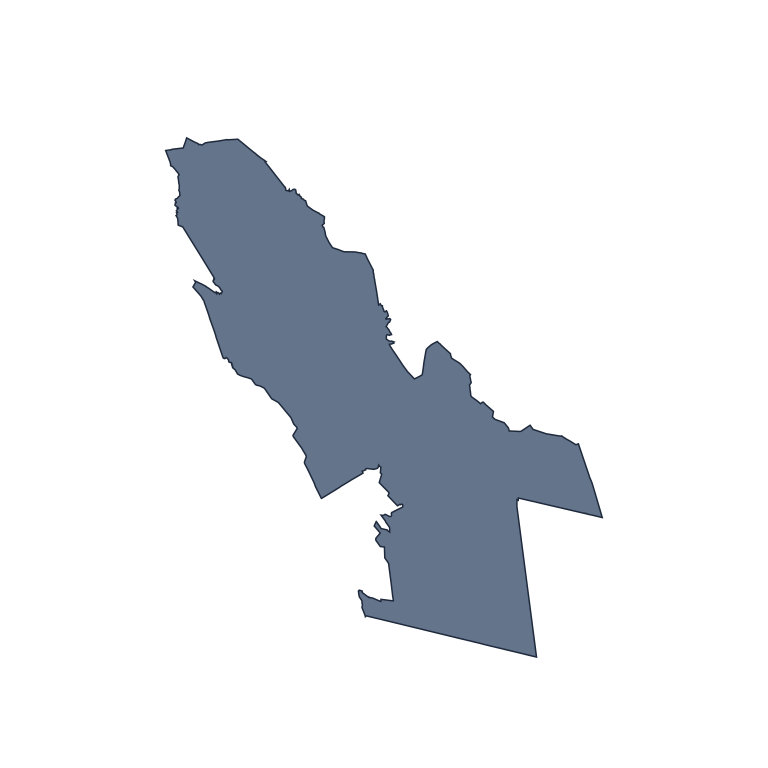 the district of Sarkaņu pag., Madona, Latvia, rotated 59°
{"feature_id": "27541924B13907440389179", "entity_name": "Sarkaņu pag.", "entity_type": "district", "adm_level": 2, "iso_a3": "LVA", "parent_name": "Latvia", "parent_adm1": "Madona", "projection": "equal_earth", "projection_center": [26.346, 56.915], "detail": "fine", "context": "isolated", "style": "filled", "palette": "slate", "viewbox_px": 768, "rotation_deg": 59, "n_neighbors": 0, "source": "geoboundaries", "source_scale": "gbopen_adm2", "svg_char_len": 6079}
<svg xmlns="http://www.w3.org/2000/svg" viewBox="0 0 768 768"><g transform="rotate(59 384 384)"><path d="M696.6,393.9L557.3,333.1L551.6,329.6L552.8,328.8L550.9,327.6L599.6,277.3L599.4,277.3L600.7,276.3L603.5,273.2L610.9,265.7L582.1,258.2L580.1,257.7L575.7,256.6L570.0,255.8L566.6,255.0L535.4,248.2L534.9,250.8L528.8,253.9L524.5,256.4L524.0,256.7L523.8,256.6L523.0,257.2L520.0,258.4L519.5,259.7L510.2,270.6L499.7,279.6L494.6,280.0L495.1,291.0L494.5,292.2L488.8,300.8L485.5,300.0L479.2,300.9L471.4,307.1L468.1,308.0L463.9,304.3L454.3,307.4L450.7,308.2L450.3,309.1L450.7,311.3L445.5,313.2L440.2,315.5L438.7,315.6L434.9,313.8L433.3,313.2L430.7,311.9L429.0,311.3L427.8,308.6L421.4,306.4L420.9,305.9L420.5,305.0L416.5,306.1L409.1,307.4L405.0,308.5L396.9,312.7L394.0,312.2L392.2,311.4L389.1,312.4L380.2,315.0L379.2,315.2L378.7,315.2L377.8,315.7L375.0,316.5L374.7,321.9L374.7,323.2L375.4,327.5L376.1,329.9L377.9,331.6L385.9,338.5L390.6,342.2L395.7,346.4L395.8,348.9L395.5,353.3L395.3,355.3L385.4,357.5L377.6,358.2L365.1,358.7L359.6,359.1L353.8,359.2L352.7,358.9L353.5,357.2L354.0,354.6L353.3,354.6L353.2,353.7L351.2,355.3L350.3,356.9L349.4,357.7L346.9,358.8L345.3,358.1L343.6,356.8L343.4,355.8L345.1,354.2L345.1,353.3L345.5,352.1L343.9,351.9L342.0,352.1L340.4,351.9L337.7,352.2L335.9,352.6L333.6,348.5L333.8,347.7L333.7,347.1L332.2,345.1L330.9,345.3L330.8,346.1L330.1,347.1L329.6,348.9L329.0,348.8L328.7,348.2L328.4,347.5L327.9,345.2L324.0,344.2L322.5,344.2L322.5,345.0L322.7,345.9L321.9,346.6L321.0,346.3L316.5,345.5L316.1,345.1L315.4,345.9L313.3,345.9L313.5,347.9L301.2,342.8L290.6,338.7L289.4,338.1L288.3,337.9L284.3,336.1L284.2,336.2L282.4,335.5L281.4,334.9L281.1,334.6L268.6,333.8L262.9,333.1L260.7,335.5L260.2,335.7L258.0,338.5L256.4,340.1L254.3,343.3L250.6,349.4L249.9,350.3L247.7,352.1L245.5,353.7L240.8,357.8L239.6,358.0L234.5,358.2L227.5,357.7L226.3,357.4L224.1,356.5L218.7,354.9L217.8,355.5L216.1,355.2L215.8,353.8L215.6,352.5L213.3,351.5L211.6,349.9L209.9,348.9L204.8,351.7L203.8,351.8L203.6,352.2L198.3,355.4L192.1,358.0L191.8,358.1L186.5,356.8L185.7,357.7L184.1,357.8L182.5,359.3L181.3,358.6L179.9,359.2L177.7,359.1L177.8,360.3L175.1,361.1L174.7,360.7L172.2,359.7L171.2,360.1L170.6,361.1L170.4,361.6L170.7,363.6L170.4,365.6L168.4,365.0L169.3,366.6L167.4,368.3L164.9,367.4L164.9,367.5L132.5,371.5L132.6,370.5L126.4,373.3L122.7,374.7L122.8,374.8L120.5,375.4L117.0,376.8L98.9,383.2L94.1,392.4L93.6,392.7L90.8,400.0L86.4,410.0L85.3,413.0L85.4,417.1L83.8,418.3L83.4,419.5L82.0,419.6L81.5,420.1L78.5,422.1L71.4,426.4L74.4,429.8L76.8,432.8L78.3,434.5L73.6,444.9L73.7,445.3L73.4,446.2L71.4,450.9L83.8,453.1L85.6,453.7L86.9,454.4L87.7,454.1L88.9,453.2L90.0,452.9L90.7,452.9L92.9,452.4L95.1,452.3L96.2,451.9L99.1,451.9L100.0,453.6L100.6,454.1L101.1,454.3L102.1,454.5L102.6,454.9L104.1,455.4L105.5,456.2L107.4,456.8L108.5,457.3L109.9,458.2L110.4,458.4L112.3,460.1L114.1,460.3L117.3,461.8L117.9,464.3L118.4,465.7L118.1,467.4L118.4,468.1L119.1,468.6L120.9,468.4L121.5,468.7L121.3,469.5L123.1,471.1L125.1,470.4L126.8,469.5L127.5,469.8L126.6,470.6L126.7,470.8L127.5,471.0L128.0,471.3L128.6,472.8L130.5,472.6L130.3,473.7L131.7,473.9L132.6,474.8L132.5,475.5L136.0,475.6L141.8,478.6L145.7,475.6L182.3,475.1L206.0,474.9L206.3,475.1L206.1,475.2L206.1,475.4L206.3,475.4L206.3,475.2L206.5,475.3L206.8,475.6L206.6,475.7L206.7,475.8L206.6,476.0L206.9,476.3L207.6,477.4L208.0,477.6L208.5,477.7L210.2,477.4L210.8,477.5L212.7,477.1L214.4,475.9L215.6,475.5L217.8,475.2L219.0,475.4L221.3,474.8L222.4,476.6L222.7,476.9L221.7,477.5L222.3,478.8L220.2,479.2L220.5,480.6L219.5,480.0L218.5,480.3L219.3,481.3L217.1,482.6L210.9,485.3L208.6,486.5L208.5,486.4L204.4,488.8L202.6,490.1L198.0,493.1L199.8,493.1L202.4,497.8L214.0,495.7L215.4,495.6L218.3,495.7L220.3,495.5L221.2,495.9L233.8,498.5L238.9,499.8L251.1,502.2L255.4,503.2L257.8,503.9L277.4,508.2L279.0,508.4L279.3,508.0L279.8,507.9L279.8,507.6L280.2,507.4L280.3,507.0L280.1,505.6L280.8,505.3L283.2,504.8L284.6,505.5L285.5,505.5L286.1,504.9L287.1,503.8L288.5,504.0L288.3,504.3L289.2,504.5L289.3,504.7L289.6,504.7L290.4,504.8L291.1,504.6L291.3,504.7L291.2,505.1L292.0,505.3L292.7,505.2L295.0,504.3L300.0,504.4L302.5,502.9L305.3,500.6L308.3,497.7L311.4,495.1L311.7,495.0L318.2,494.5L319.4,493.8L321.7,491.4L325.6,488.9L326.2,488.7L338.8,487.9L344.3,484.7L345.9,484.0L364.9,481.1L371.8,482.0L375.1,481.3L376.1,481.1L376.7,481.2L377.4,481.5L377.9,481.9L377.9,482.3L380.6,487.5L381.2,488.5L381.8,488.7L382.8,488.8L396.5,487.6L405.5,487.7L406.0,487.9L406.6,488.4L408.2,490.4L409.9,492.3L410.3,492.7L410.7,492.8L411.6,493.0L417.9,493.4L432.7,494.8L436.7,495.6L449.8,496.6L449.9,496.2L449.7,476.4L449.5,473.2L449.5,468.9L449.4,461.4L449.6,447.9L447.5,447.6L447.8,446.7L448.0,444.4L448.2,443.9L447.5,443.5L447.3,443.1L447.4,442.5L451.9,436.7L452.9,433.2L452.6,432.2L450.8,430.3L452.4,430.2L453.7,429.5L458.2,432.9L460.1,432.4L466.1,438.9L479.6,435.7L479.9,435.7L480.3,436.1L481.8,438.2L495.3,435.2L495.4,433.6L495.2,432.7L496.0,432.1L495.9,430.9L497.0,430.1L498.9,431.2L499.1,431.7L498.5,438.1L498.5,438.8L498.3,440.9L498.4,441.3L498.3,441.7L498.3,442.7L498.1,443.0L498.2,443.7L498.6,444.3L500.4,445.1L500.8,445.5L501.1,446.1L500.9,446.7L500.2,447.6L499.2,448.3L497.4,449.3L496.6,449.9L496.3,450.3L496.2,450.8L496.3,451.7L496.2,452.4L494.9,454.1L502.1,453.4L503.2,453.6L509.6,453.1L510.8,453.6L513.9,455.4L511.5,456.4L510.7,456.4L506.4,461.0L505.9,460.9L505.0,460.9L499.2,461.3L497.9,461.5L498.0,461.7L500.6,465.5L509.8,464.0L512.0,470.3L512.9,471.1L514.0,471.5L521.2,470.9L521.5,470.8L523.9,467.6L533.5,472.9L538.8,472.5L539.8,472.5L540.4,472.6L558.3,480.4L570.7,486.0L571.6,486.3L574.6,487.6L574.6,487.9L567.0,497.5L568.8,498.7L568.8,498.8L561.6,504.0L559.4,506.6L558.9,506.6L559.1,507.0L551.4,510.1L550.3,509.3L548.1,511.2L548.5,512.1L548.1,512.3L548.2,512.5L551.5,514.0L553.9,514.8L557.3,514.6L558.9,514.7L560.4,515.7L562.0,516.1L564.2,518.0L572.0,519.3L573.8,519.8L573.7,519.5L573.7,518.9L573.9,518.4L574.2,518.0L642.0,449.3L656.2,434.8L656.5,434.6L663.6,427.5L678.1,412.7L693.5,397.1L696.6,393.9Z" fill="#64748b" stroke="#1e293b" stroke-width="1.5"/></g></svg>